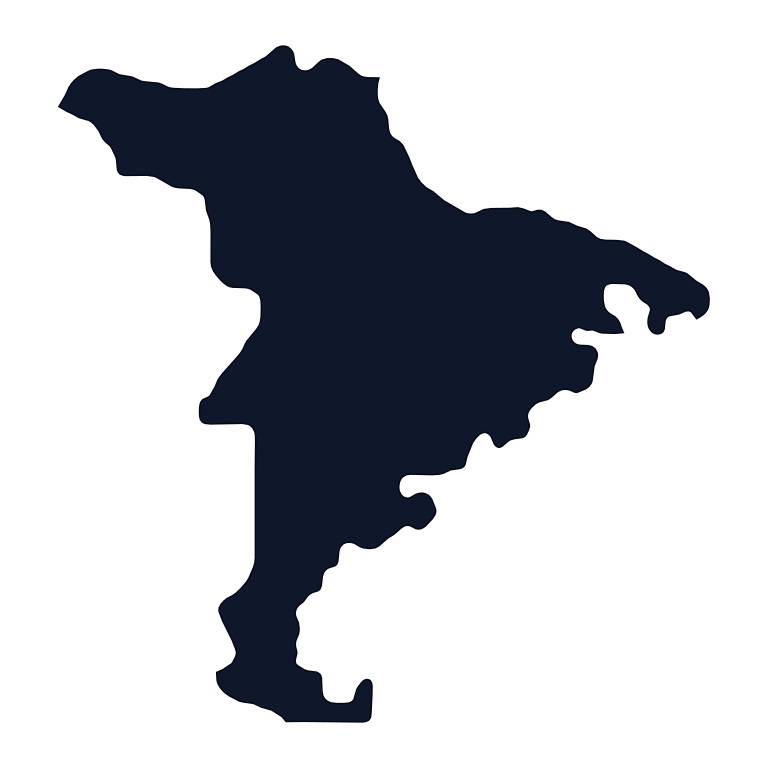 outline of Tamayo, Bahoruco, Dominican Republic
{"feature_id": "3306468B80057745223349", "entity_name": "Tamayo", "entity_type": "district", "adm_level": 2, "iso_a3": "DOM", "parent_name": "Dominican Republic", "parent_adm1": "Bahoruco", "projection": "natural_earth1", "projection_center": [-71.147, 18.477], "detail": "fine", "context": "isolated", "style": "filled", "palette": "ink", "viewbox_px": 768, "rotation_deg": 0, "n_neighbors": 0, "source": "geoboundaries", "source_scale": "gbopen_adm2", "svg_char_len": 6051}
<svg xmlns="http://www.w3.org/2000/svg" viewBox="0 0 768 768"><path d="M378.9,78.0L367.4,77.8L363.5,77.2L360.9,76.3L357.5,73.9L349.0,66.4L338.0,60.0L332.7,58.8L327.4,58.8L322.2,60.2L319.1,62.4L312.5,68.6L309.1,70.5L305.2,71.2L301.3,70.6L298.0,68.5L295.7,65.3L294.8,62.8L293.5,54.5L292.6,51.9L291.1,49.7L288.2,47.2L285.7,46.3L283.0,46.1L280.4,46.4L276.7,47.9L266.0,57.1L261.4,59.5L255.0,63.5L249.3,66.3L244.0,69.6L239.3,71.8L232.9,75.7L228.2,77.9L222.9,81.1L215.8,84.0L209.0,87.9L206.4,88.6L197.5,89.1L183.8,89.0L173.2,88.5L170.3,88.1L167.5,87.3L162.1,84.5L158.3,83.2L145.4,82.0L141.2,81.3L132.0,77.1L119.2,74.9L111.3,71.0L108.6,70.2L101.4,69.4L97.1,69.5L91.4,70.3L87.8,71.8L78.9,76.6L74.6,80.2L71.7,83.5L69.2,87.2L65.8,94.8L58.9,106.6L66.8,111.2L72.7,113.9L79.1,117.5L89.1,120.4L91.5,121.9L94.7,124.9L99.1,130.8L102.0,137.0L103.3,139.2L105.8,142.0L110.2,145.7L111.6,147.8L116.0,157.1L116.6,159.9L117.5,169.5L118.3,171.9L120.0,173.9L122.4,174.9L125.0,175.4L147.0,175.2L154.2,176.2L156.6,177.2L171.9,185.9L174.4,186.9L178.6,187.6L190.1,188.2L192.9,188.7L196.5,190.2L203.3,195.0L204.7,197.0L205.4,199.5L206.8,210.7L210.0,219.5L210.9,224.2L211.3,232.3L211.2,261.9L211.8,266.6L213.6,270.9L216.2,274.7L220.2,279.4L223.5,282.6L227.0,285.3L229.6,286.5L232.4,287.1L245.3,287.6L248.2,288.1L250.7,289.0L256.7,292.9L258.6,294.3L260.1,296.5L261.1,300.6L261.4,306.8L261.2,316.4L260.6,321.1L259.2,325.5L256.7,329.4L247.0,341.1L245.5,343.7L243.3,348.8L240.9,352.7L237.0,357.5L222.9,373.3L219.2,378.1L217.8,380.7L215.1,387.1L210.2,395.7L208.5,397.1L202.8,399.7L201.2,401.6L200.2,404.2L199.7,407.1L199.5,411.6L199.7,416.1L200.3,419.0L201.7,421.4L202.8,422.4L205.3,423.4L210.7,423.9L242.3,423.3L248.0,424.2L250.4,425.4L253.1,428.2L255.0,432.1L255.5,435.2L255.7,440.2L255.4,467.4L255.4,557.6L255.0,562.5L253.8,566.9L249.0,578.1L246.6,582.0L241.7,587.8L236.2,593.1L232.7,595.6L226.9,598.7L223.7,601.3L221.0,604.4L219.2,608.0L219.0,610.6L219.6,612.9L222.9,621.3L232.5,640.7L235.8,649.2L236.6,652.7L236.2,655.1L235.4,657.3L233.3,661.5L232.0,663.6L222.9,669.7L216.7,672.4L217.1,680.1L217.8,683.0L219.9,687.0L221.7,689.3L224.7,692.5L229.2,695.7L239.3,701.0L243.1,701.9L253.6,703.4L261.5,707.1L271.5,709.9L282.0,716.5L286.1,721.5L303.6,721.3L363.0,721.9L365.8,721.4L368.4,720.3L369.4,719.3L370.5,717.2L371.0,712.8L371.9,694.1L372.0,686.1L371.6,683.2L370.2,680.7L369.0,679.9L366.6,679.5L364.2,680.3L362.0,682.1L358.3,686.9L356.8,689.7L353.9,699.7L353.1,700.8L350.9,702.4L348.3,703.2L344.1,703.6L336.6,703.6L330.7,702.9L326.6,700.9L324.4,698.6L322.8,695.8L321.9,691.0L321.4,678.0L320.5,675.2L319.7,674.0L316.7,672.2L308.1,671.1L304.5,670.0L297.5,665.7L295.9,664.0L295.4,662.9L295.1,660.5L296.8,653.1L296.6,651.0L295.4,646.6L295.4,642.5L296.0,640.0L298.4,634.1L298.9,631.3L299.1,628.4L298.3,622.7L295.8,616.9L295.2,614.4L295.2,611.6L296.6,607.9L298.9,605.1L303.4,601.6L306.8,596.8L309.4,594.2L312.5,592.4L318.0,590.7L319.8,589.3L321.2,585.9L322.3,576.3L323.6,572.4L325.1,570.4L326.9,568.7L329.1,567.6L334.5,565.9L336.3,564.6L337.0,563.6L337.8,561.2L338.7,551.7L339.3,548.9L340.6,546.5L343.2,543.7L346.8,542.3L350.7,542.2L354.5,543.2L359.8,546.4L363.4,547.8L370.0,548.5L375.3,547.7L379.0,545.7L387.5,538.2L394.2,534.0L400.5,528.4L403.8,526.1L406.3,525.3L408.7,525.3L411.0,526.0L416.0,528.6L418.4,529.0L420.9,528.6L423.3,527.5L425.5,525.9L432.2,518.8L435.1,514.2L435.7,511.6L435.7,510.3L435.1,508.0L431.8,499.6L430.3,497.4L428.5,495.5L425.1,493.7L422.5,493.2L419.9,493.3L416.1,494.3L410.1,497.8L407.6,498.3L403.9,497.4L401.0,494.8L399.2,491.1L398.7,488.2L398.8,485.2L399.8,480.9L401.1,478.5L402.9,476.6L406.4,474.7L410.5,474.1L431.9,474.6L438.9,474.2L442.9,473.3L450.8,469.7L459.5,468.5L461.8,467.8L463.7,466.5L465.0,464.4L466.8,456.8L472.4,442.8L475.8,437.9L479.8,434.0L483.5,432.4L486.1,432.5L488.4,433.6L490.2,435.3L491.6,437.3L493.9,443.1L495.1,445.1L496.8,446.6L498.8,447.3L500.0,447.2L502.1,446.2L508.0,441.1L510.3,439.7L514.1,438.6L522.7,437.4L524.8,436.2L526.3,434.3L528.3,430.1L529.4,426.8L529.3,424.5L527.3,417.8L527.3,415.1L528.0,412.3L529.4,409.8L531.2,407.5L535.4,403.6L539.0,401.7L547.8,399.4L551.2,397.1L557.6,391.5L561.2,389.7L563.8,389.2L567.6,389.4L570.0,390.0L575.0,392.2L577.1,392.3L585.5,388.8L588.6,386.6L591.0,383.4L592.0,380.8L593.9,366.2L596.7,359.1L597.3,356.5L597.3,353.7L596.9,352.3L595.0,348.9L592.0,346.7L588.2,345.7L580.4,345.4L577.8,345.0L575.4,344.0L573.4,342.4L571.9,340.3L570.9,337.6L570.9,334.7L571.2,333.2L572.5,330.9L574.3,329.1L577.7,327.6L580.2,327.6L586.1,330.0L587.9,330.2L592.6,329.7L599.8,332.4L602.3,332.9L614.7,333.3L623.3,332.6L621.4,328.3L619.6,323.0L617.6,319.6L615.0,316.9L609.7,313.7L607.8,312.1L605.4,309.1L604.2,306.4L603.1,300.2L603.0,295.4L603.2,290.9L604.5,286.8L606.4,284.7L610.2,283.4L613.0,283.2L625.0,283.6L627.9,284.2L630.7,285.3L633.7,287.7L635.3,289.7L638.3,295.6L640.4,298.6L643.1,301.1L648.0,304.3L650.1,307.0L650.7,309.2L650.6,310.4L648.3,318.3L648.0,322.6L648.4,325.5L649.3,328.2L650.7,330.4L652.6,332.3L654.9,333.5L657.4,333.9L659.8,333.6L662.0,332.6L662.9,331.7L664.1,329.2L664.9,321.1L665.7,318.6L667.4,316.6L669.7,315.5L679.0,313.8L685.4,311.0L688.7,310.6L690.8,311.4L691.7,312.1L696.7,318.7L701.6,315.7L704.7,313.2L707.1,310.0L708.2,307.3L708.8,304.4L709.1,298.5L708.2,292.6L707.1,290.0L705.6,287.9L702.7,285.3L696.0,281.3L687.2,274.1L684.8,272.9L677.2,270.9L674.9,269.9L669.5,266.8L664.8,264.5L658.5,260.5L653.8,258.2L647.4,254.2L642.8,251.9L636.4,247.9L626.4,242.4L624.0,241.4L617.0,240.6L605.5,240.4L599.9,239.5L596.2,237.5L589.9,231.8L586.5,229.4L576.6,226.3L568.7,222.6L558.2,221.1L554.4,219.9L551.0,217.5L544.7,212.1L541.2,210.5L537.6,210.5L531.8,212.1L529.8,211.7L523.5,209.2L518.0,207.9L509.4,208.5L490.7,208.7L483.8,209.7L474.8,213.9L471.0,214.3L467.1,213.9L464.7,213.0L443.8,200.9L432.8,191.7L426.0,187.8L420.8,182.8L417.3,178.0L411.2,164.3L408.7,157.7L402.9,145.6L399.5,141.9L394.2,138.7L392.3,137.2L390.6,135.2L389.4,132.9L388.3,128.7L387.6,120.0L386.7,115.7L384.6,111.8L378.9,103.4L377.5,99.2L377.0,94.8L377.0,88.7L377.7,82.6L378.9,78.0Z" fill="#0f172a" stroke="#020617" stroke-width="1.5"/></svg>